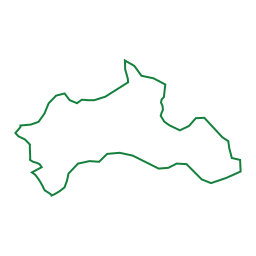 the District of Rîşcani
{"feature_id": "MDA-1617", "entity_name": "Rîşcani", "entity_type": "District", "adm_level": 1, "iso_a3": "MDA", "parent_name": "Moldova", "parent_adm1": "", "projection": "equal_earth", "projection_center": [27.482, 47.936], "detail": "fine", "context": "isolated", "style": "outline", "palette": "green", "viewbox_px": 256, "rotation_deg": 0, "n_neighbors": 0, "source": "natural_earth", "source_scale": "10m", "svg_char_len": 1042}
<svg xmlns="http://www.w3.org/2000/svg" viewBox="0 0 256 256"><path d="M51.5,195.5L51.3,194.9L49.9,193.6L44.8,190.4L43.8,188.7L42.4,185.6L39.2,180.1L35.3,174.8L31.9,172.4L41.7,167.2L39.5,164.1L36.4,162.7L33.0,161.8L30.0,159.9L30.2,157.7L29.8,146.4L30.0,144.7L24.9,139.4L18.4,136.3L15.4,133.0L20.4,127.1L20.4,125.5L22.6,125.3L30.7,124.6L38.5,121.9L44.3,113.8L48.7,103.3L56.1,95.6L64.6,93.5L69.7,100.2L77.0,103.2L81.9,99.7L87.9,100.2L94.2,100.2L105.3,96.7L128.1,82.3L127.8,78.7L125.2,69.4L124.9,60.5L134.3,65.9L141.5,75.8L153.5,78.3L165.3,84.5L163.9,97.0L161.6,99.5L161.0,102.6L162.6,106.1L162.9,110.0L161.7,112.5L160.7,115.8L164.3,121.7L169.6,125.4L179.8,130.3L189.0,126.0L195.8,118.2L204.3,117.8L222.3,137.2L228.3,141.2L229.2,147.9L231.8,158.0L240.1,159.9L240.6,171.5L226.1,178.0L211.0,183.1L201.7,179.4L186.5,164.1L176.7,163.6L168.4,167.8L158.7,168.6L132.7,155.6L119.7,152.8L107.1,153.9L99.1,161.8L89.5,161.1L78.0,163.6L68.5,173.6L67.0,180.7L64.5,187.4L59.8,191.1L54.6,194.2L51.5,195.5Z" fill="none" stroke="#15803d" stroke-width="2"/></svg>